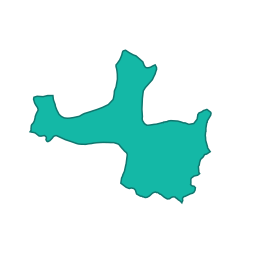 the district of San Marcos, San Marcos, Guatemala, rotated 130°
{"feature_id": "79465075B32898701467657", "entity_name": "San Marcos", "entity_type": "district", "adm_level": 2, "iso_a3": "GTM", "parent_name": "Guatemala", "parent_adm1": "San Marcos", "projection": "mercator", "projection_center": [-91.831, 14.993], "detail": "fine", "context": "isolated", "style": "filled", "palette": "teal", "viewbox_px": 256, "rotation_deg": 130, "n_neighbors": 0, "source": "geoboundaries", "source_scale": "gbopen_adm2", "svg_char_len": 3238}
<svg xmlns="http://www.w3.org/2000/svg" viewBox="0 0 256 256"><g transform="rotate(130 128 128)"><path d="M150.7,38.7L149.7,39.1L149.1,39.2L148.4,39.4L148.0,39.8L147.4,40.6L146.6,41.1L144.9,41.2L143.8,40.4L138.3,37.9L136.6,36.7L135.0,36.2L132.7,36.6L130.4,38.0L130.2,40.2L131.1,41.3L131.1,43.7L129.8,44.4L126.9,46.9L125.6,47.3L122.3,46.5L119.4,44.3L116.9,43.8L116.4,45.3L115.1,46.5L112.2,49.4L110.7,49.6L108.2,51.1L105.4,52.2L101.8,51.8L99.2,52.3L97.4,51.0L93.3,49.8L92.1,54.2L91.3,55.0L87.5,60.6L85.2,62.7L84.3,63.8L81.2,66.0L80.7,66.0L78.1,68.2L73.4,71.0L72.7,71.0L71.6,71.8L65.0,72.9L63.3,73.9L62.8,74.8L62.9,77.3L63.0,79.3L63.3,79.7L64.5,80.3L66.1,81.4L68.2,81.9L70.8,83.3L72.9,83.1L74.1,82.3L75.0,81.8L76.8,80.7L82.3,80.5L86.1,83.7L87.4,87.6L88.4,88.7L89.2,91.0L90.5,93.9L90.9,94.6L94.8,99.9L96.9,101.8L97.7,101.9L100.6,104.5L101.2,104.4L101.6,105.0L103.9,106.6L106.9,108.8L108.7,110.6L110.5,112.1L112.5,113.9L113.8,115.4L114.1,118.4L113.8,119.1L113.0,121.7L111.8,123.1L110.0,124.3L104.7,129.4L96.1,136.0L92.3,138.5L89.6,140.2L85.8,140.7L75.4,140.4L72.0,141.3L69.1,142.0L67.1,142.9L64.7,143.8L63.3,145.1L62.2,147.8L64.5,148.9L66.9,149.8L68.6,151.0L69.7,152.1L70.3,153.6L69.7,155.8L67.8,159.2L67.6,168.2L68.6,170.9L69.5,175.3L70.0,179.8L70.9,180.5L72.1,181.2L73.0,181.1L74.2,180.6L76.0,179.7L78.4,178.9L81.1,178.1L83.4,177.9L85.3,177.7L87.4,177.7L88.7,176.6L89.8,175.0L91.2,173.3L93.6,170.8L97.4,167.5L104.1,163.6L108.4,162.2L110.4,160.7L113.0,159.1L115.8,157.7L122.7,158.1L124.5,158.9L128.5,160.7L133.2,163.3L134.7,164.2L136.1,165.1L137.2,165.8L139.2,167.0L143.1,169.5L144.9,170.7L146.9,171.6L150.3,172.8L155.2,176.6L157.9,179.0L159.5,180.7L161.3,183.4L162.0,186.4L161.9,189.5L160.1,193.9L158.1,197.5L156.8,199.0L155.8,200.8L154.7,202.7L153.8,203.9L151.4,206.4L154.8,210.4L158.6,213.2L162.1,218.0L164.9,219.8L166.6,218.9L167.6,217.4L168.7,215.8L169.3,214.4L169.9,212.7L170.5,210.5L171.2,209.3L172.1,208.3L175.8,207.5L178.7,206.5L179.9,205.7L183.0,204.2L185.4,203.8L187.4,203.9L188.5,203.5L189.6,202.7L190.8,201.9L192.0,200.8L193.8,200.6L192.9,198.8L192.2,197.7L191.4,195.9L191.3,192.2L191.3,191.1L190.9,190.4L190.0,189.3L188.9,188.4L187.5,187.2L187.4,186.4L187.4,185.4L187.5,184.9L187.8,184.4L188.3,183.9L189.1,183.7L189.6,183.4L190.0,182.6L190.3,181.5L190.1,180.8L189.6,180.4L187.8,179.7L184.6,179.5L182.6,179.6L181.5,179.3L180.7,178.8L179.8,177.9L177.2,168.5L174.8,162.5L173.3,158.5L172.9,157.4L172.1,155.7L170.5,153.4L168.7,151.2L168.1,150.3L167.2,149.5L165.2,147.8L163.5,146.1L161.6,144.6L159.9,143.0L158.9,142.0L157.0,140.0L154.8,137.6L152.9,135.2L151.6,133.6L150.0,131.5L148.3,129.5L147.7,128.0L146.9,126.1L146.5,124.8L146.5,124.2L146.7,123.0L147.0,122.0L147.1,121.3L147.2,120.5L147.4,119.5L147.5,118.5L147.9,115.9L147.9,113.1L148.9,111.4L156.8,106.3L157.6,106.0L163.4,102.9L167.7,101.7L168.0,101.3L170.4,100.8L174.9,98.0L174.6,91.3L173.5,88.1L171.9,87.1L170.6,84.6L170.8,82.5L173.0,79.0L172.2,74.7L171.3,73.5L171.3,72.6L170.8,71.9L170.2,70.1L168.7,68.8L166.3,67.9L162.2,67.4L160.6,66.7L159.3,65.7L159.1,64.6L158.3,63.8L158.1,60.8L157.7,60.4L157.7,55.6L157.1,52.3L155.5,50.7L153.4,50.2L151.8,49.3L150.6,47.5L150.8,45.5L150.4,45.0L150.7,43.7L150.4,41.0L150.7,38.7Z" fill="#14b8a6" stroke="#0f766e" stroke-width="1.5"/></g></svg>